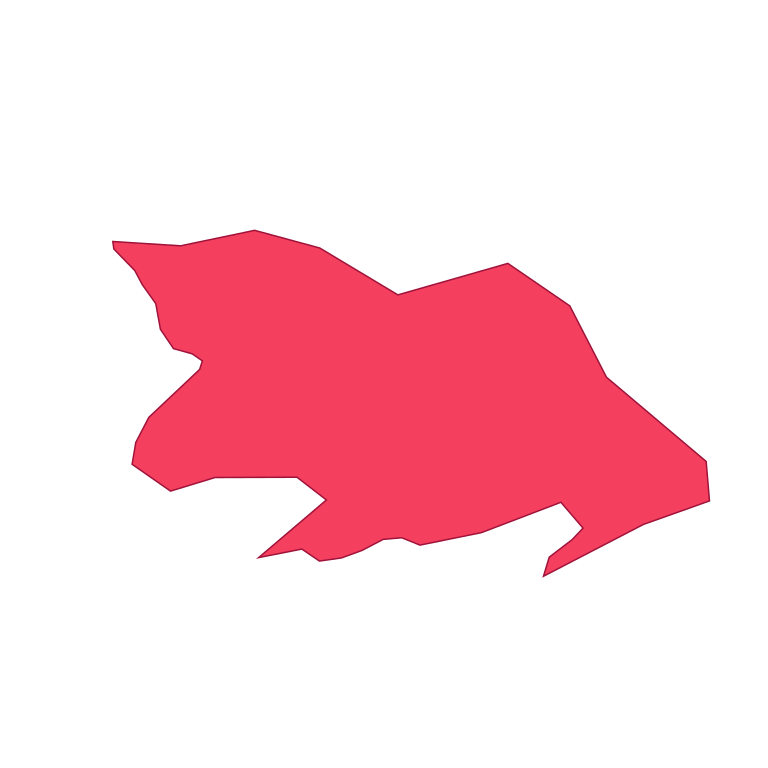 outline of Vilanu, rotated 336°
{"feature_id": "LVA-5753", "entity_name": "Vilanu", "entity_type": "Municipality", "adm_level": 1, "iso_a3": "LVA", "parent_name": "Latvia", "parent_adm1": "", "projection": "equal_earth", "projection_center": [26.851, 56.564], "detail": "fine", "context": "isolated", "style": "filled", "palette": "rose", "viewbox_px": 768, "rotation_deg": 336, "n_neighbors": 0, "source": "natural_earth", "source_scale": "10m", "svg_char_len": 675}
<svg xmlns="http://www.w3.org/2000/svg" viewBox="0 0 768 768"><g transform="rotate(336 384 384)"><path d="M296.2,527.1L274.4,525.6L253.0,519.5L241.8,501.4L198.9,491.6L284.2,466.5L266.6,433.8L191.6,400.7L145.4,395.0L121.2,354.9L133.5,336.4L155.6,318.8L221.5,295.7L227.5,289.0L221.0,278.4L206.1,266.1L202.0,243.1L208.2,217.7L203.6,195.1L202.5,179.1L192.1,150.8L194.2,143.5L254.3,175.0L328.3,191.0L380.6,233.6L432.9,308.2L546.2,324.2L585.5,388.2L590.0,468.3L646.8,585.8L633.8,623.2L564.0,617.8L451.5,624.5L464.5,609.4L492.6,602.7L507.2,596.6L497.5,564.0L412.5,559.4L351.3,545.8L337.7,531.7L320.0,525.6L296.2,527.1Z" fill="#f43f5e" stroke="#9f1239" stroke-width="1.5"/></g></svg>